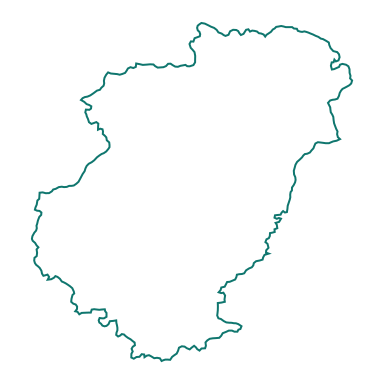 outline of Bambuí, Minas Gerais, Brazil
{"feature_id": "56859067B81413101351729", "entity_name": "Bambuí", "entity_type": "district", "adm_level": 2, "iso_a3": "BRA", "parent_name": "Brazil", "parent_adm1": "Minas Gerais", "projection": "albers", "projection_center": [-45.998, -20.124], "detail": "fine", "context": "isolated", "style": "outline", "palette": "teal", "viewbox_px": 384, "rotation_deg": 0, "n_neighbors": 0, "source": "geoboundaries", "source_scale": "gbopen_adm2", "svg_char_len": 5844}
<svg xmlns="http://www.w3.org/2000/svg" viewBox="0 0 384 384"><path d="M325.9,40.7L323.0,39.1L320.8,38.6L318.4,36.9L315.6,35.8L313.0,34.5L310.2,33.4L308.4,32.6L306.3,31.9L304.4,31.4L302.1,31.9L300.2,31.6L297.8,30.8L296.9,28.8L293.9,28.5L292.1,27.1L289.3,27.1L285.7,27.1L283.6,26.5L281.2,26.0L278.6,26.5L276.2,26.9L274.6,28.5L272.8,29.5L271.0,31.8L268.5,33.5L266.5,34.8L265.2,36.6L263.6,34.5L261.1,33.5L258.9,33.2L257.0,31.5L254.6,30.9L252.2,30.6L250.0,31.6L248.4,29.3L246.1,29.8L244.7,32.0L243.5,33.9L240.9,35.0L239.3,33.1L238.2,31.1L236.3,30.0L233.1,29.8L230.1,31.3L228.5,34.8L225.5,35.9L223.7,35.1L221.7,33.6L218.4,32.4L216.7,29.9L214.1,27.9L211.0,26.7L208.5,25.4L204.8,23.6L201.4,23.0L199.4,24.3L197.7,25.7L197.1,27.9L197.8,30.4L199.4,31.8L200.2,34.1L199.8,36.3L197.1,37.3L194.6,38.2L193.4,41.6L190.9,41.4L189.5,44.0L190.7,47.8L192.6,49.8L194.5,52.1L195.2,55.9L195.1,59.8L195.1,62.3L193.4,65.1L189.7,66.3L187.2,66.2L185.5,64.9L183.3,65.3L180.5,65.8L177.9,66.8L175.2,66.6L172.6,65.1L170.6,63.7L168.1,63.8L166.0,66.1L163.4,67.2L157.7,67.6L155.1,66.1L153.5,64.5L150.2,64.3L146.8,64.6L142.8,64.9L139.8,64.2L136.2,63.5L135.8,66.9L133.3,68.0L130.5,67.2L127.9,68.5L126.7,70.6L125.1,72.9L122.2,74.0L119.7,74.7L117.2,74.1L110.8,73.5L108.1,72.4L106.2,74.7L104.5,77.8L103.9,80.9L104.2,83.3L103.6,85.7L101.3,87.8L99.9,89.8L97.0,90.6L93.4,93.3L90.3,95.4L87.5,96.6L84.8,97.1L82.6,98.2L81.0,100.0L84.3,101.9L86.6,104.1L89.2,105.0L91.3,106.3L91.0,108.6L89.4,109.8L85.9,109.6L85.3,112.4L86.3,114.3L86.8,116.4L88.0,119.0L89.0,122.2L91.4,123.9L94.2,122.9L96.3,122.1L98.3,123.6L98.1,126.6L98.0,129.7L100.2,128.7L102.5,129.3L103.0,131.5L102.8,134.0L104.9,135.8L106.3,137.4L106.8,140.3L109.2,142.4L109.5,144.9L109.5,147.2L108.3,149.0L106.2,151.5L103.7,153.2L101.6,154.0L99.5,155.4L97.0,157.3L94.2,160.3L91.7,162.2L88.7,163.8L86.7,165.9L85.5,168.3L84.6,171.2L82.6,174.1L81.3,176.6L80.2,178.7L78.5,181.8L76.4,183.7L73.8,185.5L71.3,185.9L69.1,185.9L66.8,186.9L64.0,187.1L61.8,186.7L58.8,187.1L55.8,188.8L53.2,189.5L51.9,191.3L49.1,193.1L45.7,193.2L42.7,192.4L39.6,192.7L39.4,196.3L39.2,198.9L37.4,200.5L36.7,204.7L35.5,207.4L34.9,209.7L37.1,210.7L39.5,210.9L41.4,212.5L41.2,214.9L39.3,216.9L37.9,220.6L37.2,223.7L36.5,225.7L36.8,228.2L36.1,230.6L34.3,232.7L32.4,236.2L31.9,238.9L32.7,240.8L35.1,242.9L36.6,245.4L38.4,247.3L36.6,249.4L37.1,252.8L36.7,256.1L34.5,257.8L34.2,260.6L34.9,263.0L36.1,264.8L38.0,266.3L39.7,267.9L41.4,270.7L42.0,273.6L43.4,275.8L45.6,275.2L47.5,274.6L49.1,276.9L47.7,279.7L51.3,279.2L54.0,277.7L55.4,276.1L57.5,276.9L59.9,278.8L61.8,281.5L63.7,282.3L65.8,283.4L68.1,284.9L70.1,286.3L72.3,288.2L73.8,291.5L74.2,293.5L72.5,295.0L71.5,298.8L71.2,301.8L73.3,303.7L75.7,304.5L77.1,306.5L77.0,309.0L75.3,311.3L77.5,311.8L79.3,314.3L81.7,312.9L85.8,312.7L88.6,312.6L90.8,312.6L91.7,309.6L94.1,309.2L96.6,309.5L99.2,309.8L101.9,309.5L104.8,309.3L105.2,311.3L106.5,312.9L106.5,316.8L104.0,318.3L101.9,318.3L99.6,318.0L98.7,320.3L99.3,322.5L101.0,323.7L102.4,325.6L104.5,326.3L106.5,325.9L108.5,324.2L109.8,321.2L113.2,320.9L116.2,320.4L116.4,323.0L117.0,325.4L117.4,327.8L117.4,330.3L116.5,332.7L116.2,334.9L118.1,336.5L120.1,335.6L121.8,334.1L124.0,334.5L125.6,336.1L127.9,337.8L130.6,339.3L132.7,341.1L134.6,342.5L134.9,345.3L132.8,346.7L131.6,348.8L132.7,351.5L131.4,353.8L131.3,357.5L133.8,358.7L136.5,357.0L139.5,356.8L141.7,354.2L144.2,354.5L144.5,357.2L146.7,355.7L149.0,355.2L151.3,356.4L154.2,358.2L157.0,357.8L159.9,358.3L161.6,361.0L163.4,360.2L165.3,359.6L167.6,359.6L170.2,359.8L172.1,356.9L174.2,355.3L176.7,353.6L178.1,350.7L179.0,347.7L181.8,346.3L184.6,346.6L186.8,348.2L189.7,349.4L191.7,347.6L194.1,345.8L195.9,347.3L197.2,349.1L199.5,350.6L201.5,348.5L205.1,348.3L205.9,345.8L205.5,342.4L207.3,340.4L209.7,338.8L212.8,338.3L216.0,338.1L219.3,337.8L221.2,335.8L222.7,333.2L226.0,331.9L228.8,330.6L232.0,330.6L234.5,331.7L237.4,331.7L238.4,329.7L240.4,329.0L241.5,326.2L238.3,324.1L236.0,323.3L233.7,323.2L231.7,322.8L229.0,322.7L226.3,322.4L223.8,321.1L220.9,319.0L218.4,318.3L217.2,315.5L217.5,313.2L217.8,310.3L217.9,306.7L217.8,303.0L221.3,302.6L224.8,301.8L224.5,299.3L225.1,295.5L223.4,292.7L221.2,293.1L218.7,292.3L220.6,290.1L221.3,287.5L224.7,286.7L225.9,284.4L227.1,282.0L229.7,281.8L232.1,280.8L235.2,279.5L236.4,277.0L236.9,274.7L239.2,274.2L241.9,274.0L244.2,273.3L246.1,270.3L249.1,268.4L251.8,267.3L253.3,265.4L253.8,263.1L256.1,261.2L259.7,260.5L262.6,259.6L263.1,257.5L264.5,254.9L268.7,253.6L266.0,252.6L266.2,250.3L268.5,247.8L267.5,243.8L265.4,242.1L266.5,239.3L268.8,238.2L269.8,236.1L270.0,233.1L272.1,232.7L274.7,232.0L274.5,229.3L277.3,228.2L276.8,224.8L275.6,222.9L279.1,221.9L281.0,218.7L278.9,218.0L276.8,218.8L274.5,217.7L275.0,215.3L277.4,215.0L280.6,214.7L281.6,212.6L283.1,211.1L284.9,212.5L286.9,212.1L287.4,209.1L287.7,205.8L288.8,202.5L289.8,199.5L290.3,197.3L290.2,194.7L290.6,192.1L291.9,190.5L292.0,187.5L293.7,185.1L295.1,182.3L295.6,179.9L295.3,177.2L294.1,174.5L293.8,170.8L294.6,168.0L295.5,164.7L297.1,161.9L299.6,159.7L302.0,157.4L303.3,155.5L304.8,154.1L307.3,153.7L309.9,152.5L311.6,150.3L313.4,148.4L314.3,146.0L315.4,143.5L317.9,142.2L320.4,142.5L322.8,142.8L325.7,143.2L329.0,143.2L331.0,142.3L333.2,141.4L336.7,140.7L340.0,139.1L337.9,137.2L337.1,134.2L337.5,131.4L336.2,128.9L335.1,126.0L334.1,123.3L333.6,120.1L333.3,116.9L332.2,114.5L330.8,112.3L330.4,109.4L330.2,107.3L329.1,105.1L328.0,102.9L330.1,100.5L332.5,99.8L335.0,99.5L337.5,98.7L339.0,95.8L339.7,93.0L341.0,90.7L342.5,88.9L344.7,87.8L347.5,86.3L349.4,85.2L351.2,83.5L352.1,80.5L350.1,78.4L350.5,75.8L349.6,72.9L349.5,69.2L348.4,66.3L346.0,64.7L342.4,63.9L340.0,64.7L339.1,66.9L336.6,68.0L334.1,69.1L331.9,69.5L330.9,65.8L331.7,62.4L333.6,62.3L334.4,59.6L335.9,61.4L338.5,60.4L339.6,57.2L339.0,54.3L337.2,52.1L333.3,51.1L330.6,48.1L329.3,45.0L328.8,42.5L325.9,40.7Z" fill="none" stroke="#0f766e" stroke-width="2"/></svg>